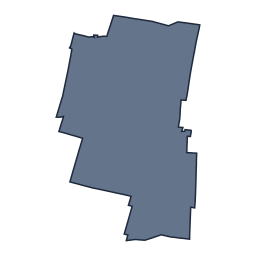 Diosti, Dolj, Romania (Albers equal-area conic projection)
{"feature_id": "2599482B74391152424394", "entity_name": "Diosti", "entity_type": "district", "adm_level": 2, "iso_a3": "ROU", "parent_name": "Romania", "parent_adm1": "Dolj", "projection": "albers", "projection_center": [24.185, 44.122], "detail": "fine", "context": "isolated", "style": "filled", "palette": "slate", "viewbox_px": 256, "rotation_deg": 0, "n_neighbors": 0, "source": "geoboundaries", "source_scale": "gbopen_adm2", "svg_char_len": 2625}
<svg xmlns="http://www.w3.org/2000/svg" viewBox="0 0 256 256"><path d="M196.7,153.8L196.7,153.5L196.7,153.2L196.2,153.1L194.0,153.1L192.2,152.9L190.4,152.8L186.8,152.6L186.9,147.5L187.2,139.8L187.3,136.3L190.4,136.5L190.4,136.1L190.5,135.6L190.9,133.7L191.2,131.8L191.2,130.8L191.1,130.3L186.7,129.8L185.1,129.6L184.7,131.3L181.7,131.4L182.4,129.2L182.9,127.5L178.9,127.2L178.4,127.1L179.1,122.5L179.5,120.4L179.8,118.0L180.0,115.4L180.1,113.4L180.2,111.1L180.3,109.1L181.1,100.0L186.0,100.3L186.0,100.1L187.0,95.4L188.1,88.6L189.0,82.2L190.7,71.4L193.8,54.6L194.4,51.9L195.3,46.5L196.3,41.4L197.0,37.9L197.6,35.5L198.3,32.1L199.0,29.1L199.5,26.6L199.7,25.7L199.7,25.3L199.8,24.9L198.1,24.6L185.3,22.8L183.7,22.6L177.8,21.9L168.5,25.8L156.7,22.6L152.8,21.5L151.0,21.2L146.5,20.5L139.5,19.4L133.4,18.5L124.7,17.0L113.5,15.4L113.3,16.2L109.3,28.6L108.1,32.1L106.8,36.4L104.3,36.2L103.5,36.2L103.3,36.2L102.0,36.4L101.1,36.5L97.5,37.1L97.7,35.3L94.6,35.1L93.8,35.0L93.7,35.3L93.8,35.6L93.9,36.4L94.2,37.3L93.6,37.0L93.0,36.8L92.5,36.7L91.7,36.7L91.2,36.8L90.4,36.9L89.5,37.0L89.1,37.1L88.6,37.0L87.6,36.8L84.9,36.0L83.2,35.6L80.4,35.0L79.0,34.7L77.2,34.2L76.6,34.1L76.2,34.0L75.4,33.7L74.9,33.5L74.5,33.3L74.3,33.2L74.1,33.0L73.7,34.5L73.6,35.0L72.2,40.2L72.1,40.9L71.0,44.8L70.6,46.3L70.5,46.8L70.4,47.2L70.2,47.1L69.9,47.1L69.7,47.5L69.5,47.9L69.7,48.0L71.9,49.1L71.8,49.7L70.8,55.4L70.6,56.5L67.9,70.9L66.0,79.9L62.4,97.1L62.3,97.6L62.2,97.6L61.4,100.0L59.8,105.4L57.8,112.0L57.2,114.0L56.5,116.4L56.2,117.1L58.0,117.2L59.3,117.2L60.1,117.2L61.4,117.0L62.6,116.7L63.5,116.4L63.3,117.4L62.1,121.2L60.7,125.6L58.9,131.5L66.8,133.6L72.7,135.4L74.9,135.9L75.0,136.0L82.6,138.3L80.6,145.1L79.1,150.0L69.9,181.9L74.8,183.2L84.5,185.8L90.7,187.4L92.8,188.0L97.6,188.9L101.8,189.8L105.0,190.5L108.7,191.3L118.4,193.4L127.2,195.3L131.1,196.3L130.1,199.6L128.6,204.8L128.4,205.3L130.0,205.7L132.1,206.3L131.6,208.3L130.8,211.1L127.3,223.4L124.2,234.1L127.8,234.9L127.0,238.0L126.3,240.6L127.4,240.5L130.3,240.1L131.3,240.0L134.0,239.6L135.3,239.5L137.3,239.6L138.1,239.7L138.9,239.8L143.3,240.1L144.3,240.2L145.0,240.2L145.7,240.0L147.1,239.5L148.7,239.0L149.6,238.7L152.1,237.9L154.7,237.0L158.2,235.8L160.1,235.2L161.0,234.8L162.1,235.0L166.0,235.9L170.4,236.9L175.5,237.5L180.0,238.1L183.4,238.4L189.6,239.2L189.6,238.9L189.7,233.1L189.9,228.5L190.7,207.4L190.9,207.2L194.7,207.9L194.8,206.2L194.9,205.3L195.2,200.5L195.5,194.0L195.6,190.7L195.7,187.1L195.9,182.1L196.1,172.8L196.2,168.9L196.3,166.8L196.4,164.8L196.4,161.8L196.5,157.4L196.6,156.1L196.7,154.0L196.7,153.8Z" fill="#64748b" stroke="#1e293b" stroke-width="1.5"/></svg>